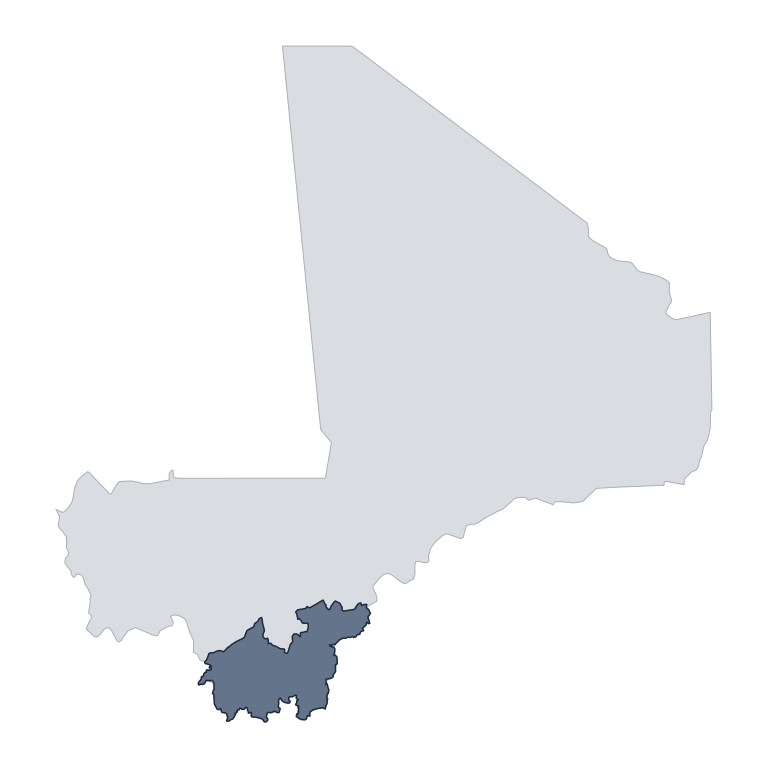 Sikasso on a map of Mali (Robinson projection)
{"feature_id": "MLI-2794", "entity_name": "Sikasso", "entity_type": "Region", "adm_level": 1, "iso_a3": "MLI", "parent_name": "Mali", "parent_adm1": "", "projection": "robinson", "projection_center": [-6.512, 11.478], "detail": "fine", "context": "in_parent", "style": "filled", "palette": "slate", "viewbox_px": 768, "rotation_deg": 0, "n_neighbors": 0, "source": "natural_earth", "source_scale": "10m", "svg_char_len": 9720}
<svg xmlns="http://www.w3.org/2000/svg" viewBox="0 0 768 768"><path d="M91.1,618.9L91.4,615.5L88.7,613.1L88.7,611.9L90.2,602.0L90.0,599.5L91.1,594.4L89.4,592.2L89.0,590.5L84.9,584.1L83.6,578.6L81.5,575.0L76.6,573.9L74.8,576.9L73.6,577.4L71.8,575.2L71.1,573.3L71.2,571.6L64.8,563.0L65.3,558.4L67.7,556.0L68.6,552.0L66.3,547.5L66.7,543.0L66.4,536.9L62.7,531.6L60.2,529.2L58.1,525.5L59.8,516.8L56.1,509.5L63.1,512.4L66.4,509.7L69.6,506.0L72.4,501.0L73.6,494.9L74.2,489.7L77.0,481.5L80.4,477.5L87.3,471.8L89.2,472.4L100.5,484.5L106.9,490.7L109.2,493.9L111.3,494.0L114.5,488.0L117.9,482.9L119.3,481.6L130.6,480.9L136.6,481.9L141.8,483.4L149.3,483.8L169.0,480.0L169.3,477.5L169.0,474.7L169.8,472.5L171.5,470.4L172.9,470.0L173.4,476.9L175.1,477.9L179.7,478.3L325.4,478.2L331.4,442.5L320.7,429.5L282.5,46.1L351.7,46.1L363.7,54.8L587.3,223.2L588.4,228.7L588.3,236.2L590.0,238.4L593.2,240.9L606.0,248.1L607.0,249.5L607.5,252.5L609.0,256.1L611.7,258.3L614.9,259.8L618.7,260.9L630.2,262.1L632.6,263.8L637.6,270.4L640.4,271.8L655.9,275.4L660.9,277.1L666.4,280.2L669.3,282.9L669.4,293.3L671.6,300.1L671.6,301.9L669.1,304.6L668.6,306.6L665.8,312.0L666.4,314.2L671.8,318.2L674.5,319.4L677.6,319.4L710.2,312.3L711.9,410.0L710.7,411.5L710.1,428.9L707.8,439.1L703.7,446.6L701.2,457.8L699.6,460.0L698.5,466.5L696.2,470.2L691.9,471.6L684.5,478.8L684.0,484.6L666.2,481.4L665.0,481.5L664.3,482.2L663.9,485.3L618.6,487.1L596.3,488.4L582.5,501.6L573.4,502.9L562.0,501.8L556.1,501.7L553.9,502.5L553.4,504.8L535.3,498.1L528.6,500.3L527.5,499.5L526.6,498.1L523.4,497.3L518.2,497.6L514.5,498.6L503.0,509.0L496.9,511.7L485.4,517.8L477.4,523.2L474.5,524.2L470.1,524.4L466.4,525.5L463.1,537.5L460.8,538.7L447.1,533.8L444.3,534.6L442.0,536.0L434.3,543.0L430.6,548.6L428.5,556.0L428.9,560.9L427.6,562.3L424.1,562.7L417.7,561.2L415.7,561.9L414.8,565.5L415.0,573.6L413.6,579.0L409.8,580.7L406.9,582.9L404.6,583.5L402.7,583.0L391.6,574.8L387.9,573.5L383.7,574.4L379.8,577.9L372.7,586.4L373.5,589.4L375.4,592.9L376.9,597.3L376.8,601.2L366.7,606.7L369.0,610.8L368.8,621.9L364.1,627.0L362.5,630.3L358.0,633.8L354.1,635.8L341.8,638.8L336.8,642.3L334.5,645.1L334.0,648.2L334.4,651.7L336.9,659.0L336.1,665.7L334.1,673.4L332.2,676.9L326.5,680.9L327.4,685.9L327.8,693.2L327.0,702.6L325.2,708.9L323.9,708.3L318.4,708.6L312.4,710.6L310.3,712.2L309.8,714.3L304.8,719.4L301.5,719.1L298.3,717.7L296.6,716.4L296.5,715.6L298.4,711.5L298.5,710.1L296.6,702.9L296.9,701.1L296.1,695.6L295.7,695.4L289.1,697.7L288.8,698.8L289.8,702.3L289.2,702.9L286.8,702.8L283.6,701.6L280.0,698.4L279.1,699.5L278.7,702.0L278.5,705.0L279.4,710.4L278.4,712.4L272.8,712.1L268.1,712.7L267.0,714.7L266.5,716.8L267.6,719.3L267.4,720.3L265.5,721.8L264.6,721.7L262.0,719.0L251.6,716.5L250.8,712.8L249.6,712.8L246.2,708.3L244.9,708.4L243.7,709.1L239.7,708.8L236.2,712.7L233.6,717.5L230.8,719.8L226.5,720.9L227.2,717.8L225.9,713.6L216.9,708.4L215.5,706.2L213.2,694.2L213.3,690.7L214.0,687.5L213.7,685.1L212.7,683.2L210.0,681.4L207.2,680.6L203.7,682.9L202.0,683.4L200.4,683.2L199.6,682.4L199.7,681.2L203.6,674.7L205.4,672.1L209.2,668.9L210.2,667.4L210.3,666.1L210.0,665.2L207.4,664.0L203.5,661.0L201.4,660.7L199.7,659.4L197.8,654.7L197.0,653.8L195.1,653.3L193.4,652.2L193.6,640.8L189.8,632.4L186.4,621.6L184.7,619.0L181.6,616.8L177.8,615.3L174.4,615.0L170.6,616.2L170.7,617.2L172.8,620.7L173.2,622.6L172.8,624.4L172.1,625.7L167.0,626.9L160.1,630.8L157.8,635.4L156.3,635.9L153.6,635.4L135.5,627.6L127.9,631.0L122.9,637.7L121.7,640.0L119.4,641.9L118.1,641.9L116.8,640.6L111.5,630.4L109.2,628.0L106.4,627.9L103.9,629.5L101.4,633.0L98.2,636.2L96.1,637.1L94.3,636.6L86.9,629.7L86.5,628.3L89.9,620.1L91.1,618.9Z" fill="#d9dde1" stroke="#a8b0b8" stroke-width="1"/><path d="M367.3,604.7L366.9,604.7L366.6,604.7L366.5,604.8L366.3,607.2L366.6,607.9L368.4,609.4L369.0,610.1L369.9,612.3L370.2,612.9L370.4,613.0L370.2,613.8L369.6,614.6L368.2,616.4L367.9,617.5L369.3,621.4L369.7,623.3L368.5,623.6L367.4,622.4L366.9,622.4L366.4,622.7L366.2,624.1L366.2,624.9L362.5,628.3L363.6,630.5L363.2,631.0L362.0,631.0L360.5,632.0L360.1,632.8L360.0,633.6L359.8,634.2L359.0,634.6L357.8,634.5L357.4,634.6L357.0,635.0L356.1,636.6L355.5,637.0L354.4,637.2L353.7,637.5L353.0,636.7L352.1,636.7L350.4,637.4L349.6,637.4L348.7,637.2L347.9,637.1L347.0,637.5L346.3,638.1L345.8,638.2L342.5,638.2L340.6,639.4L339.3,639.9L338.7,640.4L337.7,641.8L336.1,643.2L335.3,644.4L335.0,644.7L334.8,644.7L334.0,644.3L333.8,644.3L333.3,644.7L331.9,645.0L331.5,645.4L331.3,645.5L330.4,644.9L329.6,645.1L329.6,645.3L329.8,645.8L331.1,646.6L331.2,646.8L331.9,646.7L332.7,646.8L334.1,647.6L334.6,648.3L334.9,649.2L334.8,651.0L334.5,652.8L333.8,654.2L333.8,654.7L334.1,655.2L335.3,655.3L336.7,656.6L337.1,658.2L337.1,662.0L337.3,663.6L337.0,664.0L336.1,664.5L335.5,665.0L335.4,665.9L335.6,670.6L335.6,671.4L335.1,672.3L333.8,673.7L333.4,674.8L333.2,676.6L332.8,677.3L331.8,677.9L330.5,678.5L326.5,679.1L325.9,679.5L325.8,680.2L326.3,683.0L326.0,684.2L326.9,683.9L327.5,685.2L328.2,688.3L328.7,689.3L328.9,689.9L328.3,692.5L328.3,693.3L327.7,693.7L327.4,694.0L327.2,694.7L326.8,697.2L327.1,698.7L327.7,699.0L327.3,699.4L327.0,700.1L327.0,700.8L327.3,701.1L327.4,701.5L326.9,703.9L325.8,706.0L325.4,708.3L325.2,708.9L324.1,708.5L323.3,707.8L322.8,707.6L322.4,707.6L321.3,708.0L319.0,708.2L313.9,709.5L311.0,711.2L310.4,711.7L309.9,712.4L309.8,713.3L310.0,715.8L309.5,716.2L307.6,715.4L307.2,715.8L307.0,717.0L306.7,718.0L306.3,718.8L305.5,719.7L301.9,719.7L298.9,718.5L298.4,718.1L297.6,717.0L297.2,716.7L296.5,716.8L296.4,715.1L296.5,714.5L297.0,713.9L297.6,714.3L297.9,714.2L298.0,713.9L297.8,713.2L298.8,712.0L298.2,711.4L298.3,710.6L298.9,709.2L298.3,708.3L298.1,707.9L298.2,707.5L298.7,706.4L298.5,705.9L298.3,705.8L297.5,705.9L297.2,705.8L296.6,705.0L296.2,704.9L295.9,705.0L295.7,704.9L295.7,704.2L295.9,703.9L296.6,703.2L296.9,702.8L296.9,702.3L296.6,701.1L296.9,700.7L297.8,700.2L298.0,699.6L297.8,699.3L297.5,698.9L296.3,698.4L296.2,698.0L296.4,696.1L296.3,695.5L295.9,695.2L294.9,695.4L294.0,695.8L293.3,696.4L292.5,696.8L290.6,696.6L289.8,696.7L289.1,697.1L288.8,697.9L288.7,699.7L288.9,700.3L289.9,700.9L290.2,701.3L290.0,702.4L289.3,703.0L288.3,703.2L287.5,703.1L285.3,702.6L284.6,702.4L283.0,701.4L282.2,700.8L281.6,700.2L280.8,698.6L280.3,698.2L279.4,698.5L278.8,699.8L278.6,700.6L278.5,701.5L278.8,702.5L278.6,704.6L278.3,706.1L278.3,706.9L278.8,707.7L280.0,708.3L280.2,708.6L280.2,709.1L279.6,710.2L279.4,711.9L279.1,712.4L278.1,712.7L277.2,712.6L275.7,711.6L274.9,711.3L274.0,711.4L271.6,712.6L270.9,712.8L268.6,712.4L267.7,712.6L267.2,713.2L266.3,716.8L266.4,717.4L267.3,718.2L267.7,718.7L267.8,719.9L267.3,720.8L266.5,721.5L265.5,721.9L264.5,721.9L263.8,721.2L263.2,720.2L262.6,719.3L261.9,718.9L258.0,717.6L254.8,717.1L252.3,717.0L251.6,716.8L251.3,716.3L251.2,715.2L251.5,713.3L251.3,712.6L250.4,712.5L248.9,713.1L248.4,713.1L248.4,711.9L247.5,710.2L247.5,708.8L247.3,708.2L247.0,707.8L246.6,707.5L246.1,707.4L245.5,707.5L244.6,708.8L244.3,709.2L243.9,709.3L242.8,709.3L241.9,709.2L240.4,708.3L239.6,708.4L239.4,708.8L239.0,709.8L238.6,710.0L238.2,709.9L237.8,710.0L237.3,710.5L237.3,710.8L236.7,711.1L237.2,711.7L236.8,712.5L235.9,713.1L235.1,713.3L235.6,714.1L235.1,715.0L235.0,715.6L234.8,716.0L234.3,716.5L234.0,717.3L233.0,718.7L232.3,719.3L230.8,719.6L229.7,720.6L229.0,721.0L228.2,721.2L227.3,721.2L226.6,720.9L227.4,718.7L227.7,717.7L227.6,716.5L226.9,714.3L226.3,713.4L225.5,712.9L223.4,712.7L222.3,712.5L221.5,711.9L221.3,711.3L221.3,710.1L221.2,709.6L220.8,708.9L220.5,708.7L219.5,709.3L218.6,709.5L217.8,709.5L217.0,709.0L216.0,706.9L214.8,705.0L214.4,703.8L213.8,694.8L213.6,694.0L212.5,693.6L212.6,692.6L213.5,690.1L214.0,689.3L214.1,688.5L214.0,683.8L213.8,682.8L213.2,681.7L212.3,680.8L211.5,680.3L211.0,680.3L210.2,680.8L209.8,680.9L208.7,680.5L207.5,680.7L206.7,680.4L206.0,680.4L205.0,682.8L204.6,683.5L203.8,684.1L203.2,684.3L202.5,684.4L201.1,684.3L200.3,684.4L199.6,684.8L199.0,685.0L198.4,684.5L198.2,683.8L198.4,683.0L199.0,681.7L200.9,679.6L201.3,678.6L201.3,677.2L201.6,676.7L202.0,676.6L202.8,676.5L203.1,676.3L203.5,675.6L203.7,674.0L204.2,673.2L205.6,672.4L206.3,672.2L206.4,671.8L206.1,671.2L206.6,670.2L206.9,669.8L208.5,670.2L209.2,670.3L210.0,670.3L210.7,670.0L211.2,669.4L211.4,668.2L211.0,668.0L210.3,668.1L209.5,668.0L209.2,667.3L209.7,666.7L210.5,666.3L211.2,666.1L210.4,665.2L209.2,664.6L206.7,663.8L205.6,663.7L205.2,663.5L204.8,662.9L204.7,662.0L205.2,661.5L206.8,659.3L209.0,653.6L210.4,652.8L213.0,652.9L218.0,650.7L220.1,650.6L223.4,651.6L224.9,650.6L227.7,647.4L228.8,647.0L231.8,644.4L236.3,641.6L243.2,638.2L244.5,637.0L246.0,632.9L247.0,630.6L248.0,629.9L252.0,627.7L253.5,627.0L254.1,625.7L254.7,623.4L256.0,622.7L257.7,621.5L259.4,618.5L261.6,617.6L262.0,618.9L262.7,623.9L264.2,629.4L264.3,631.0L263.0,634.3L263.0,636.8L264.4,638.3L265.6,638.9L267.5,638.3L268.2,639.4L268.3,643.6L270.3,643.2L271.3,643.6L272.5,645.3L275.4,646.1L280.6,648.8L284.0,648.9L284.7,649.7L284.4,652.3L286.2,653.2L287.4,653.1L288.3,650.9L289.8,646.2L290.3,644.4L292.8,641.6L292.3,638.2L292.3,636.1L294.0,634.0L296.0,633.8L298.1,634.7L300.0,636.7L300.5,636.3L300.3,633.1L301.4,632.4L302.6,632.5L305.4,631.6L306.8,631.8L308.3,627.7L308.1,623.7L306.9,623.1L303.3,623.3L302.0,622.6L301.2,620.6L299.1,618.8L297.7,619.1L297.7,617.8L297.1,616.2L297.0,614.5L295.7,612.1L297.7,609.8L305.9,608.4L306.8,606.7L307.2,606.6L308.4,607.5L310.2,607.6L316.3,604.1L322.9,600.1L323.4,600.5L324.8,603.8L325.9,604.8L326.3,607.3L328.7,609.7L329.8,609.3L331.0,606.4L334.1,602.0L335.2,601.1L336.0,601.3L340.2,603.5L340.7,605.2L342.2,607.3L342.1,610.1L343.4,611.1L353.4,609.5L354.9,609.0L355.7,607.2L358.3,603.6L360.8,602.9L361.5,605.3L362.5,605.3L363.2,604.6L366.6,604.4L367.3,604.7Z" fill="#64748b" stroke="#1e293b" stroke-width="1.5"/></svg>